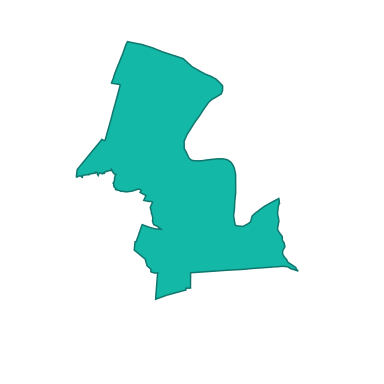 Turcoaia, Tulcea, Romania (Natural Earth projection), rotated 120°
{"feature_id": "2599482B2889768165110", "entity_name": "Turcoaia", "entity_type": "district", "adm_level": 2, "iso_a3": "ROU", "parent_name": "Romania", "parent_adm1": "Tulcea", "projection": "natural_earth1", "projection_center": [28.197, 45.114], "detail": "fine", "context": "isolated", "style": "filled", "palette": "teal", "viewbox_px": 384, "rotation_deg": 120, "n_neighbors": 0, "source": "geoboundaries", "source_scale": "gbopen_adm2", "svg_char_len": 5947}
<svg xmlns="http://www.w3.org/2000/svg" viewBox="0 0 384 384"><g transform="rotate(120 192 192)"><path d="M94.0,323.0L97.5,322.9L100.7,322.3L105.3,321.4L106.6,321.1L107.6,321.0L112.3,320.4L117.5,319.6L118.9,319.5L120.3,319.3L127.3,318.2L131.0,317.5L131.0,317.4L132.7,317.0L135.8,316.6L137.4,316.3L137.8,316.3L137.9,316.2L138.0,316.0L138.0,315.9L137.9,315.7L137.3,314.2L136.3,311.7L135.5,309.5L135.2,308.7L135.1,308.1L135.1,307.8L135.3,307.7L135.5,307.6L136.1,307.4L138.6,306.8L141.4,306.0L143.5,305.4L147.5,304.4L149.2,303.9L150.9,303.5L153.0,302.9L154.9,302.4L155.9,302.2L158.8,301.4L162.9,300.4L166.1,299.4L168.5,298.8L169.8,298.4L171.7,298.0L172.1,297.9L174.1,297.3L177.0,296.6L183.1,295.1L186.0,294.3L188.5,293.7L190.1,293.2L190.9,293.0L191.2,294.0L191.4,294.4L191.4,294.6L191.5,294.8L191.5,295.3L191.5,295.7L191.5,296.4L192.3,296.5L193.5,296.7L198.3,297.4L200.9,297.9L205.2,298.6L205.6,298.7L208.8,299.2L212.9,299.9L217.0,300.5L220.0,301.0L222.2,301.4L224.7,301.8L229.4,302.5L229.8,302.6L230.2,302.5L233.4,301.2L235.1,300.5L236.7,299.7L236.6,299.0L236.4,298.8L235.9,298.8L235.4,298.6L235.0,298.2L234.3,297.2L233.7,296.1L233.8,295.5L234.3,295.0L234.1,294.3L232.2,294.9L230.7,293.2L230.1,292.2L229.6,291.5L229.1,291.0L228.6,289.9L228.2,290.1L226.4,288.2L224.6,286.0L224.3,285.8L223.9,285.2L223.2,285.4L223.0,285.2L222.7,284.8L222.5,284.2L222.5,283.9L223.0,283.7L223.3,283.5L223.6,283.2L224.1,282.4L224.3,282.0L224.6,281.5L223.0,281.7L221.8,281.8L221.7,281.7L221.5,281.2L221.2,279.5L221.0,278.5L219.9,278.6L219.8,278.3L220.2,278.2L219.7,277.2L218.2,277.5L217.6,276.8L216.3,275.9L216.3,275.5L215.7,275.2L215.2,274.7L214.5,273.9L213.9,272.8L212.7,273.1L213.2,272.3L213.6,271.6L213.8,271.4L214.1,271.0L214.5,270.0L215.0,269.3L215.1,269.2L215.1,268.5L215.0,267.2L214.8,266.8L216.7,266.6L217.6,266.2L218.1,266.2L218.4,266.1L219.2,265.8L219.9,265.3L220.4,265.1L220.9,264.9L223.7,264.7L223.6,264.3L223.6,264.1L224.0,263.9L224.5,263.7L225.1,263.3L226.1,262.5L226.4,262.2L226.5,262.0L226.7,261.5L226.8,260.6L226.9,260.4L227.1,260.2L227.1,259.8L228.1,259.5L227.1,255.7L226.9,253.8L225.8,251.8L225.5,250.8L224.7,248.9L223.7,247.6L222.4,245.9L221.3,244.4L218.9,242.3L217.4,240.9L216.3,239.9L215.9,238.5L215.9,236.7L218.3,236.8L218.2,233.2L218.0,230.1L223.4,229.6L221.6,224.2L220.8,223.0L220.5,222.1L220.5,221.3L220.8,220.9L221.5,221.0L223.6,220.8L225.1,220.6L226.2,220.4L226.7,220.0L227.6,219.2L228.6,218.1L229.0,217.6L229.3,217.4L229.8,217.1L230.2,216.9L230.5,216.7L230.9,216.3L231.4,215.5L231.6,215.3L232.0,215.0L232.6,214.4L233.6,213.4L234.3,212.8L234.8,212.5L235.3,212.3L236.1,212.1L236.6,211.9L237.4,211.2L237.8,210.7L238.0,210.5L238.5,210.0L239.1,209.2L239.3,208.8L239.4,208.4L239.3,207.7L239.1,206.0L239.0,204.5L239.1,203.9L239.5,202.9L239.3,202.0L239.7,200.8L239.8,200.3L240.4,201.7L240.9,202.4L242.3,205.4L242.9,207.3L242.9,207.6L243.1,208.2L243.4,209.4L243.7,210.3L243.9,211.4L244.3,213.8L244.5,214.7L244.8,216.4L245.1,218.8L245.6,218.8L246.6,218.6L249.3,218.1L249.7,218.0L250.3,217.9L250.8,217.8L254.2,217.2L256.2,216.7L258.0,216.4L259.3,216.2L261.7,215.8L263.3,215.5L263.6,216.4L271.2,213.0L271.7,209.7L273.5,199.0L278.4,194.0L279.4,188.9L281.1,188.1L281.6,187.7L281.6,186.8L280.9,183.9L279.2,181.2L282.3,179.9L303.1,169.9L293.4,161.8L293.0,161.2L290.9,159.2L287.0,155.3L285.9,154.2L283.4,151.8L282.1,150.5L281.0,149.3L280.8,149.1L280.4,148.6L280.3,148.4L280.1,148.3L279.8,148.4L279.4,148.6L278.9,148.9L278.6,149.0L278.3,149.1L277.8,148.2L276.4,146.0L276.0,145.5L275.8,145.2L275.5,145.4L275.1,145.8L274.8,146.0L273.5,146.7L272.6,147.2L268.2,149.7L265.6,151.1L264.2,152.0L262.7,152.8L261.7,151.4L246.7,129.1L243.2,124.0L234.4,110.5L231.5,106.3L228.6,102.3L224.4,96.1L222.2,92.8L218.1,86.7L216.1,84.0L214.4,81.2L211.8,77.5L210.8,75.9L210.2,74.7L209.4,72.8L208.9,71.6L208.9,71.4L208.9,70.7L209.0,69.8L209.1,69.1L209.1,68.5L208.1,64.2L207.5,61.0L207.2,61.0L207.0,61.7L206.9,63.0L206.4,63.3L205.9,63.7L205.6,64.3L205.3,66.3L205.2,68.5L205.1,70.3L205.0,71.6L204.9,73.4L204.6,74.3L204.4,74.8L204.2,75.1L204.0,75.3L203.7,75.6L203.4,75.8L203.2,76.3L202.9,77.1L202.6,78.3L202.4,79.0L202.2,79.2L201.7,80.3L200.5,82.3L200.3,82.6L199.9,82.8L199.1,83.2L198.2,83.7L196.7,84.2L196.1,84.2L194.6,84.1L193.4,84.1L192.6,84.4L191.0,85.9L190.5,86.3L189.9,87.1L189.5,87.5L189.6,87.8L189.4,88.2L189.0,89.1L188.7,89.4L188.4,89.7L188.2,89.9L187.7,90.2L186.9,90.6L186.2,91.0L185.8,91.4L185.3,91.9L185.0,92.4L184.9,92.8L183.9,95.2L183.1,96.8L182.6,97.9L182.2,98.4L181.8,98.9L181.5,99.2L181.0,99.5L180.5,99.8L180.0,100.0L179.2,100.3L178.1,100.6L177.3,101.0L175.9,101.5L175.3,101.7L175.0,101.7L174.9,101.7L174.7,101.7L174.6,101.8L174.3,102.0L174.0,102.2L173.2,102.6L172.6,103.1L171.6,103.9L168.8,106.4L168.3,106.8L167.6,107.3L167.0,107.6L166.7,107.7L166.3,107.9L165.8,108.1L164.0,108.9L162.3,109.7L161.6,110.0L161.3,110.1L160.9,110.1L160.3,110.3L159.8,110.4L159.1,110.5L158.6,110.6L158.3,110.6L158.1,110.5L157.8,111.0L157.6,111.2L156.9,111.4L156.1,112.0L155.2,112.7L154.2,113.6L158.8,116.5L163.9,119.6L168.4,122.2L174.0,124.7L175.5,125.2L177.7,126.3L182.7,127.9L186.0,127.0L188.7,126.4L192.0,127.9L195.5,130.1L196.3,130.7L196.8,131.7L199.0,136.5L199.0,138.1L195.6,141.0L192.7,143.3L191.4,144.3L185.8,146.6L179.3,150.0L171.4,153.5L166.6,156.2L164.8,157.3L160.5,159.8L154.9,163.1L150.2,167.3L148.3,169.9L146.8,172.9L146.4,176.2L146.6,178.2L147.6,181.4L150.7,186.8L155.0,192.7L156.7,195.0L159.8,198.9L160.8,200.4L163.6,205.2L164.7,208.2L164.2,211.5L160.7,216.4L158.2,220.5L151.9,224.2L145.0,225.0L131.5,224.5L129.7,224.4L126.1,224.0L121.2,223.5L115.1,223.3L108.0,222.6L105.7,222.4L103.4,221.5L102.4,221.3L101.9,221.1L99.1,219.4L97.7,218.6L92.5,215.7L88.8,216.3L85.7,218.0L84.7,218.6L83.8,221.5L82.9,224.6L82.2,228.0L82.3,231.5L82.4,234.2L82.7,235.9L83.2,239.3L83.3,239.9L83.3,242.2L83.4,243.6L83.4,245.9L83.5,254.4L83.3,255.2L80.9,266.4L83.7,279.8L85.4,287.6L86.9,298.5L88.4,304.9L89.2,308.9L91.9,316.6L94.0,323.0Z" fill="#14b8a6" stroke="#0f766e" stroke-width="1.5"/></g></svg>